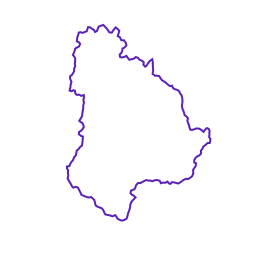 outline of Pindobaçu, Bahia, Brazil, rotated 202°
{"feature_id": "56859067B54064928423226", "entity_name": "Pindobaçu", "entity_type": "district", "adm_level": 2, "iso_a3": "BRA", "parent_name": "Brazil", "parent_adm1": "Bahia", "projection": "natural_earth1", "projection_center": [-40.338, -10.721], "detail": "fine", "context": "isolated", "style": "outline", "palette": "violet", "viewbox_px": 256, "rotation_deg": 202, "n_neighbors": 0, "source": "geoboundaries", "source_scale": "gbopen_adm2", "svg_char_len": 3190}
<svg xmlns="http://www.w3.org/2000/svg" viewBox="0 0 256 256"><g transform="rotate(202 128 128)"><path d="M50.5,107.3L50.4,110.1L52.0,113.8L51.0,117.9L51.6,120.7L53.7,120.9L54.5,123.0L54.3,125.2L53.2,127.6L51.6,129.3L50.7,131.7L51.9,134.4L51.2,136.6L51.2,138.9L49.7,141.4L48.7,143.8L46.6,144.7L46.9,146.6L47.5,148.7L49.3,149.9L49.9,152.0L50.7,153.7L51.2,155.9L52.8,157.4L54.8,157.5L56.0,155.1L56.5,152.7L59.2,153.6L61.7,154.1L64.5,153.2L67.2,150.6L69.4,149.7L71.1,151.4L72.4,153.4L74.2,155.1L75.8,157.2L76.0,159.5L78.2,160.6L80.5,161.3L81.7,163.1L83.6,165.2L85.0,166.6L86.4,168.9L87.2,172.4L88.4,175.2L90.6,178.4L92.9,179.8L94.6,181.4L96.5,181.7L99.3,181.5L101.5,182.1L103.0,183.7L104.6,182.6L106.6,183.0L109.2,183.9L111.6,184.6L114.6,185.1L116.4,186.3L118.5,187.8L120.7,187.4L122.3,186.6L125.5,187.4L126.2,190.8L127.6,193.5L128.6,195.8L129.8,198.6L131.3,200.8L132.9,198.3L133.7,195.6L134.0,193.2L135.1,191.3L137.5,192.5L138.0,194.9L140.3,195.6L143.0,195.7L145.2,196.8L147.4,196.7L148.2,194.9L149.8,193.5L152.3,191.8L154.4,192.9L156.5,194.3L158.3,192.3L160.5,190.9L162.2,191.0L163.2,193.0L162.4,194.9L162.2,197.5L162.9,199.6L161.4,201.2L160.4,204.0L161.8,206.0L164.6,207.8L167.1,206.9L169.5,209.1L171.9,209.3L172.2,212.3L172.5,214.9L174.8,216.0L177.2,216.6L178.2,213.1L178.8,210.3L181.1,209.7L183.0,211.0L185.1,212.3L187.7,213.5L189.6,214.3L191.3,212.7L193.1,211.1L193.2,209.0L193.1,206.4L194.5,204.7L196.0,206.0L198.5,206.5L201.0,207.1L202.8,206.6L202.5,202.2L204.1,200.8L205.9,199.1L207.8,199.1L209.4,198.1L209.0,195.4L209.0,193.1L208.4,191.1L207.9,189.2L205.4,189.0L203.9,188.1L203.9,185.4L205.5,183.4L206.7,181.9L206.3,178.1L206.5,175.1L205.0,174.3L203.0,172.8L201.8,169.3L201.3,167.4L200.2,165.8L200.2,163.1L199.2,160.2L199.8,156.4L201.1,154.3L200.0,151.8L197.7,149.6L197.4,146.6L196.7,144.3L196.2,140.8L193.9,141.0L192.9,142.5L191.2,142.7L190.1,140.7L188.1,139.5L185.6,140.6L183.3,140.3L181.4,142.0L180.2,140.0L180.0,137.4L178.3,135.0L177.9,131.9L177.0,129.8L176.5,127.6L176.0,124.9L175.0,122.2L175.4,119.0L175.9,116.5L174.2,115.7L172.4,115.7L170.6,114.1L169.4,112.6L169.6,110.3L170.6,107.6L171.9,106.0L171.3,103.9L168.8,103.1L166.6,103.2L165.8,100.7L164.8,97.4L164.1,94.5L165.2,92.7L166.0,89.8L167.1,87.9L166.6,85.7L166.1,83.3L167.1,80.5L166.9,77.7L167.7,75.4L168.1,73.1L168.1,70.7L170.2,69.5L169.3,67.5L167.8,66.5L167.0,64.1L165.4,61.2L165.1,58.5L163.4,57.2L161.9,56.0L160.1,54.8L158.5,53.2L156.4,52.2L154.4,53.9L152.0,53.9L148.2,50.6L146.2,48.6L140.4,48.5L138.1,48.9L136.5,50.2L134.4,49.5L132.4,48.7L130.5,46.3L129.0,44.1L126.8,43.6L124.0,43.7L122.0,43.7L119.7,42.2L118.1,40.5L116.7,39.4L114.6,39.7L111.9,40.2L109.3,40.3L107.2,42.4L105.4,41.4L103.7,39.9L100.7,39.7L98.7,39.9L97.0,41.4L95.4,43.3L95.5,46.1L96.0,49.3L96.0,52.6L96.4,55.3L97.2,58.0L97.2,60.8L96.1,63.8L95.0,66.5L97.7,67.5L99.5,67.6L101.3,68.5L101.8,71.0L99.0,73.7L98.9,75.8L99.1,77.8L98.2,80.6L95.8,81.7L94.2,83.7L91.7,86.5L89.1,87.0L87.5,87.7L85.7,87.6L84.0,89.2L82.3,90.4L80.6,90.8L78.7,90.9L76.9,89.1L75.4,90.3L72.9,91.2L71.3,93.1L69.5,92.0L67.8,92.0L67.1,94.1L64.6,94.9L62.3,95.1L60.3,95.5L58.9,97.7L57.3,100.3L55.1,102.7L53.1,103.2L51.7,105.1L50.5,107.3Z" fill="none" stroke="#5b21b6" stroke-width="2"/></g></svg>